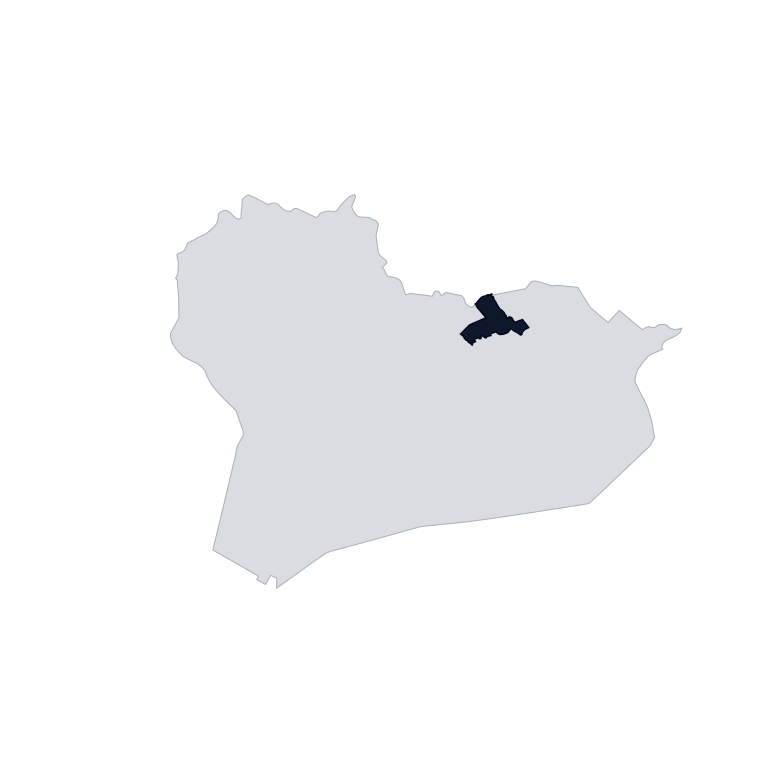 Al-Kut, Wasit, Iraq shown in context, rotated 311°
{"feature_id": "34846034B69182583813986", "entity_name": "Al-Kut", "entity_type": "district", "adm_level": 2, "iso_a3": "IRQ", "parent_name": "Iraq", "parent_adm1": "Wasit", "projection": "orthographic", "projection_center": [46.232, 32.471], "detail": "fine", "context": "in_parent", "style": "filled", "palette": "ink", "viewbox_px": 768, "rotation_deg": 311, "n_neighbors": 0, "source": "geoboundaries", "source_scale": "gbopen_adm2", "svg_char_len": 6005}
<svg xmlns="http://www.w3.org/2000/svg" viewBox="0 0 768 768"><g transform="rotate(311 384 384)"><path d="M327.2,157.2L331.7,156.2L340.2,149.6L345.3,143.3L346.8,142.7L351.1,145.0L354.2,145.7L361.4,143.4L365.6,144.9L369.1,146.6L371.1,146.8L380.6,151.1L383.0,151.6L388.0,152.2L395.3,152.6L400.2,150.1L403.6,147.6L406.0,147.7L408.2,148.4L410.1,149.5L411.7,151.4L412.4,154.2L411.9,162.9L412.6,165.2L413.9,166.8L415.6,167.2L417.6,165.3L421.2,162.6L425.6,159.7L428.9,157.0L430.7,156.0L433.6,156.2L436.5,156.7L438.0,158.1L438.0,158.5L439.5,162.6L443.1,177.9L445.2,179.9L447.7,181.5L449.4,183.8L450.1,186.1L449.8,189.6L449.8,193.8L450.8,196.9L452.2,199.3L453.5,200.5L455.5,200.7L457.9,201.3L459.5,203.7L464.4,221.1L464.9,223.4L467.1,224.1L470.6,223.8L474.3,225.6L478.1,228.5L481.8,233.8L484.3,234.7L492.0,233.9L502.6,234.8L507.6,237.5L507.1,239.2L503.2,241.1L496.5,243.3L494.5,247.0L493.3,251.9L493.5,254.6L495.2,257.6L500.0,263.6L500.2,265.7L501.1,268.7L502.0,270.8L501.0,274.8L496.6,277.5L490.9,280.5L479.3,293.7L478.4,296.6L478.5,304.5L477.3,306.7L473.7,306.6L470.8,306.2L470.6,309.0L468.8,312.6L467.7,315.8L471.9,323.4L472.7,327.4L472.0,331.0L468.0,337.3L465.6,341.5L466.1,342.4L469.2,344.1L478.8,358.0L481.8,362.9L485.9,361.6L487.4,361.7L488.6,362.5L489.4,364.1L489.4,366.2L488.3,369.3L493.5,370.6L495.4,373.7L501.5,384.5L501.2,387.7L498.3,392.8L498.3,396.1L498.9,399.2L499.8,400.2L508.8,400.6L512.7,401.9L522.0,407.3L532.7,415.7L541.5,422.6L549.0,428.4L557.0,427.9L559.2,429.0L561.2,430.8L563.6,435.6L568.3,446.5L572.2,450.1L578.4,458.8L584.1,466.9L580.6,478.1L577.1,489.8L577.2,504.7L577.4,512.8L585.1,513.0L593.8,513.3L594.0,522.9L594.2,532.5L594.5,543.5L597.0,544.0L601.1,546.3L602.9,549.8L605.1,551.7L607.8,552.0L610.4,553.7L613.0,556.8L614.0,559.2L613.4,560.9L614.0,563.8L615.8,567.9L618.1,569.8L621.5,572.1L616.9,573.6L611.9,572.6L601.2,568.0L597.7,567.9L593.3,569.8L593.1,571.5L581.8,566.2L577.7,565.2L576.2,565.1L569.8,565.2L560.6,566.3L555.2,568.6L551.5,570.9L549.8,573.2L549.2,574.5L546.3,581.3L543.0,590.0L539.5,597.8L532.7,608.8L528.9,613.9L520.7,623.4L511.9,625.3L491.4,623.4L468.6,621.2L446.0,619.0L429.1,617.2L427.8,616.7L411.4,603.0L398.5,592.1L382.4,578.5L366.0,564.5L349.5,550.3L337.6,539.9L323.2,526.6L310.2,514.4L299.9,504.8L286.7,496.1L276.3,489.3L261.4,479.5L249.4,471.5L239.3,464.7L223.6,454.1L218.4,451.2L202.0,447.0L186.3,443.4L170.2,439.5L159.5,436.9L167.1,430.5L165.3,424.1L160.0,424.9L155.1,426.1L152.9,416.3L156.6,415.3L154.1,402.5L151.5,389.4L149.0,376.7L146.5,363.7L160.6,356.4L171.1,351.0L185.8,343.3L200.0,335.9L213.4,328.8L228.2,321.0L241.4,313.9L253.2,311.3L255.8,309.0L261.7,298.7L266.7,289.9L267.0,287.8L267.6,275.0L269.2,260.0L271.1,252.0L274.0,245.0L276.7,239.9L277.2,235.1L277.1,230.2L275.0,222.6L272.9,214.7L273.5,207.3L274.2,203.3L276.1,197.0L279.1,192.4L282.1,189.7L293.1,187.2L299.5,185.7L308.5,177.7L313.8,173.0L321.2,165.5L326.6,160.0L327.1,158.0L327.2,157.2Z" fill="#d9dde1" stroke="#a8b0b8" stroke-width="1"/><path d="M521.7,456.1L521.7,455.9L521.8,455.2L522.1,453.5L522.7,450.3L523.1,447.8L523.5,446.2L523.1,446.0L522.2,445.6L521.0,444.8L519.1,443.8L517.5,442.9L516.5,442.5L516.5,442.1L516.6,441.3L516.7,440.3L516.8,440.0L517.0,439.4L517.4,438.5L517.7,437.4L517.8,436.4L517.5,435.9L517.1,435.2L517.0,434.6L516.5,434.4L516.2,434.4L515.8,434.3L515.2,434.2L514.3,434.0L514.4,433.7L514.6,433.3L514.9,432.6L515.0,432.4L515.3,431.9L515.6,431.5L515.8,431.2L515.7,430.9L515.7,430.5L515.7,429.9L515.9,429.5L516.1,429.1L516.3,428.9L516.5,428.2L516.7,427.8L516.8,427.4L516.8,426.6L516.8,425.9L516.8,425.1L516.9,423.8L516.8,423.5L516.7,423.2L516.6,422.8L516.7,422.2L517.1,420.5L517.3,419.7L517.9,417.8L518.3,416.7L518.9,415.2L519.3,414.3L519.5,413.4L519.6,412.6L519.8,412.1L519.9,411.8L520.3,411.1L521.0,410.0L521.2,409.8L521.3,409.7L521.3,409.3L521.3,408.9L521.2,408.8L520.9,408.6L520.7,408.5L520.6,408.3L520.5,408.1L520.5,407.9L520.8,407.7L521.0,407.5L521.4,407.2L521.9,406.9L522.0,406.8L522.3,406.6L522.6,406.4L522.2,406.1L521.9,405.8L521.6,405.7L521.2,405.6L520.5,405.2L520.2,404.9L519.8,404.4L519.6,403.9L519.0,403.5L518.3,403.3L517.9,403.2L517.6,403.2L517.3,403.0L517.0,402.8L516.6,402.4L516.1,402.0L515.1,401.6L514.1,401.0L513.3,400.7L512.6,400.6L511.9,400.6L511.2,400.5L510.4,400.5L509.9,400.6L509.0,400.5L508.3,400.5L507.4,400.6L506.9,400.6L506.2,400.7L505.5,400.7L504.8,400.7L504.3,400.5L504.3,400.8L504.4,401.0L504.3,401.3L504.3,401.6L504.3,401.9L504.2,402.0L504.0,402.3L503.8,402.4L503.5,402.7L503.2,402.9L503.2,403.0L503.1,403.3L503.1,403.6L503.1,403.8L503.0,404.1L503.0,404.4L502.8,405.0L502.8,405.5L502.7,406.0L502.6,406.5L502.6,407.0L502.5,407.4L502.4,408.2L502.3,408.6L502.3,408.9L502.2,409.4L502.1,410.0L502.0,410.5L502.0,410.8L501.9,411.5L501.7,412.2L501.6,412.9L501.5,413.8L501.4,414.5L501.3,415.0L501.2,415.8L501.1,416.3L501.1,416.6L501.0,416.9L501.0,417.2L501.0,417.3L500.9,417.5L500.7,417.6L500.3,417.3L500.0,417.1L499.7,416.9L486.9,410.8L484.7,409.8L481.7,409.6L477.5,409.3L471.9,409.0L472.0,410.4L472.0,413.3L471.2,414.4L471.4,415.5L470.9,416.4L471.1,417.6L471.8,418.5L471.0,419.6L471.1,421.7L471.2,421.8L471.8,422.6L471.4,423.3L471.0,424.2L471.5,425.1L472.4,424.3L474.2,423.1L474.1,424.5L476.0,425.2L476.4,424.1L476.8,423.4L477.8,423.1L478.9,423.9L479.8,424.4L480.0,424.4L480.7,424.8L480.7,426.2L481.7,427.2L482.5,427.1L483.9,425.6L484.8,426.5L485.0,427.4L485.0,427.5L485.1,428.2L485.1,429.3L485.8,430.8L486.0,430.8L486.7,430.4L487.7,430.9L488.0,431.1L488.2,431.3L488.5,431.3L488.8,431.3L490.7,432.9L490.8,432.7L491.5,431.7L492.4,431.8L496.4,434.0L496.9,434.5L496.8,436.1L497.0,437.8L497.1,438.6L498.9,440.5L500.1,441.5L502.4,442.8L503.9,443.6L505.3,443.6L505.9,443.2L506.9,443.6L509.2,443.6L509.5,445.0L509.2,445.9L509.5,448.0L510.1,450.1L510.5,453.3L510.5,454.7L510.5,454.8L511.0,455.1L511.1,455.3L511.6,455.4L512.0,455.5L512.1,455.3L512.5,455.0L513.1,454.7L514.4,454.4L515.2,454.4L516.1,454.4L517.1,454.4L518.5,454.9L518.9,455.1L519.8,455.5L521.2,456.2L521.4,456.2L521.7,456.1Z" fill="#0f172a" stroke="#020617" stroke-width="1.5"/></g></svg>